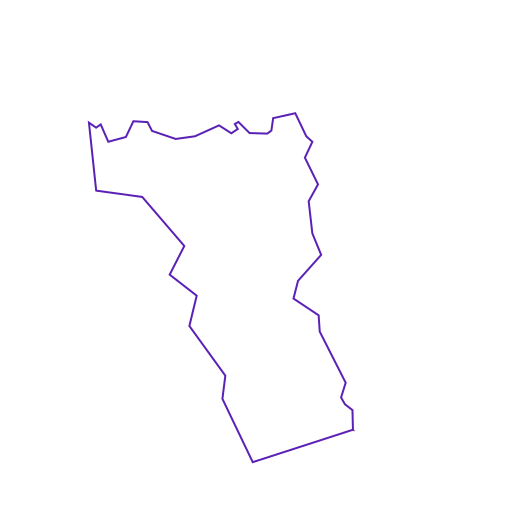 Gogrial West, Warrap, South Sudan (Albers equal-area conic projection), rotated 330°
{"feature_id": "79223893B68653566735715", "entity_name": "Gogrial West", "entity_type": "district", "adm_level": 2, "iso_a3": "SSD", "parent_name": "South Sudan", "parent_adm1": "Warrap", "projection": "albers", "projection_center": [28.129, 8.576], "detail": "fine", "context": "isolated", "style": "outline", "palette": "violet", "viewbox_px": 512, "rotation_deg": 330, "n_neighbors": 0, "source": "geoboundaries", "source_scale": "gbopen_adm2", "svg_char_len": 794}
<svg xmlns="http://www.w3.org/2000/svg" viewBox="0 0 512 512"><g transform="rotate(330 256 256)"><path d="M163.3,283.3L169.6,344.2L169.6,344.3L155.5,362.9L150.1,432.9L253.0,454.9L253.1,455.0L253.1,454.9L262.5,437.7L258.9,428.9L258.9,421.1L270.3,410.6L273.4,353.3L280.6,338.7L267.2,311.6L280.0,298.5L313.0,287.6L316.1,264.6L329.0,234.9L345.5,225.0L347.5,195.3L361.9,185.3L359.4,177.5L361.4,152.0L339.8,145.2L332.0,155.1L326.9,155.6L311.9,146.3L307.8,131.1L303.7,131.1L303.7,136.9L296.0,137.4L289.3,124.4L263.0,121.8L245.0,114.5L228.5,95.7L229.0,85.8L217.2,78.0L202.8,87.9L185.2,83.2L187.3,64.4L181.7,64.9L178.0,57.0L150.3,119.4L150.3,119.5L169.4,134.3L187.0,148.0L198.9,211.4L198.9,211.5L171.9,229.0L184.8,260.7L163.3,283.3L163.3,283.3Z" fill="none" stroke="#5b21b6" stroke-width="2"/></g></svg>